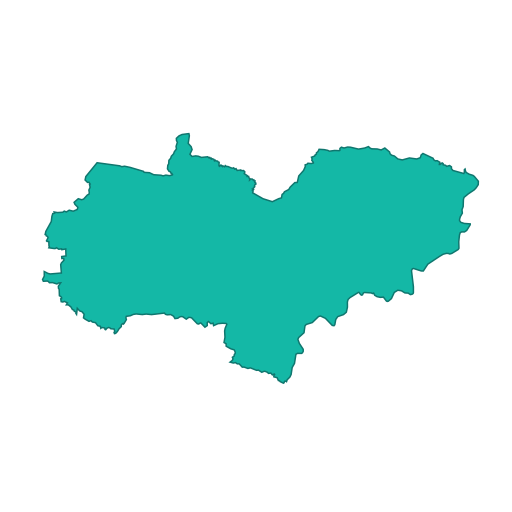 Ia Grai, Gia Lai, Vietnam, rotated 187°
{"feature_id": "81297802B6416238429405", "entity_name": "Ia Grai", "entity_type": "district", "adm_level": 2, "iso_a3": "VNM", "parent_name": "Vietnam", "parent_adm1": "Gia Lai", "projection": "albers", "projection_center": [107.729, 13.99], "detail": "fine", "context": "isolated", "style": "filled", "palette": "teal", "viewbox_px": 512, "rotation_deg": 187, "n_neighbors": 0, "source": "geoboundaries", "source_scale": "gbopen_adm2", "svg_char_len": 6104}
<svg xmlns="http://www.w3.org/2000/svg" viewBox="0 0 512 512"><g transform="rotate(187 256 256)"><path d="M210.4,135.0L210.0,136.9L207.6,140.0L206.7,142.7L206.5,149.7L204.7,154.1L204.4,163.3L203.0,164.4L198.8,164.9L198.0,165.8L197.5,167.3L197.8,169.2L202.3,174.5L204.3,178.4L203.7,180.3L199.0,185.7L198.9,192.5L197.8,194.2L192.0,196.8L186.5,203.6L184.7,204.3L179.5,202.6L171.9,196.4L170.1,196.3L169.4,197.4L169.1,202.7L167.5,205.8L162.0,208.5L159.5,211.2L159.0,216.4L159.7,221.5L159.3,224.1L157.7,226.1L150.0,232.3L149.3,232.4L147.4,230.4L146.4,230.0L145.6,230.4L144.9,232.4L143.9,233.0L137.0,233.4L135.9,232.9L134.7,233.5L133.4,231.5L130.9,230.4L127.6,230.1L124.5,230.7L121.1,227.2L120.2,226.9L119.1,227.3L116.4,230.2L114.3,236.7L111.1,239.3L107.4,239.2L103.7,237.5L100.4,237.7L98.1,236.5L96.5,237.0L95.5,237.9L95.3,238.8L96.0,244.6L99.9,260.5L99.2,262.4L98.1,262.8L90.2,261.3L88.1,261.5L84.5,268.8L73.9,277.9L70.4,280.6L67.4,281.8L65.6,282.0L63.9,281.6L62.0,282.4L56.1,287.1L55.5,288.4L56.5,294.9L56.6,301.7L56.2,303.9L54.9,305.0L52.0,305.3L50.0,307.0L47.2,313.1L47.3,314.0L53.3,313.7L56.9,314.4L58.3,316.0L58.4,317.4L58.0,319.9L56.4,323.7L57.2,327.0L56.4,330.3L57.0,337.3L56.7,339.5L52.9,343.5L47.4,348.3L45.8,350.5L44.1,353.9L44.4,357.3L49.0,361.6L50.6,362.5L54.5,363.2L57.2,364.4L58.2,365.3L59.1,367.8L59.7,367.1L59.4,364.3L59.8,363.2L71.0,364.9L72.6,366.4L72.9,368.3L74.9,369.4L77.7,368.2L78.8,369.1L81.4,369.4L81.5,370.5L82.6,371.1L84.6,369.2L85.2,369.2L84.9,371.4L87.8,372.7L89.6,372.3L91.3,373.2L92.2,374.6L102.8,378.1L104.4,376.4L104.9,373.6L108.3,371.9L115.7,372.0L122.5,369.2L127.0,369.6L130.8,372.1L133.8,372.6L135.5,373.9L136.1,375.5L141.3,378.9L144.7,376.5L148.8,377.0L154.2,376.5L155.9,377.0L157.7,378.3L161.3,376.4L167.3,374.6L175.5,375.5L178.4,375.3L181.8,373.9L184.5,374.4L185.8,373.0L185.6,371.1L186.1,370.7L190.9,370.3L195.9,369.0L197.7,369.6L201.3,369.9L206.4,369.6L207.2,367.2L208.6,365.7L208.5,364.4L209.8,363.3L209.9,362.4L213.0,360.8L212.1,359.2L212.3,357.8L210.5,355.9L210.4,355.3L212.4,354.5L215.8,354.4L216.6,353.2L218.3,352.5L218.0,350.7L219.2,346.7L223.3,340.7L224.0,334.0L226.4,333.6L230.5,328.5L231.6,326.0L235.6,323.2L236.3,321.5L237.6,320.3L237.8,316.8L240.4,315.7L246.4,311.9L256.0,313.7L267.0,318.3L266.8,320.3L267.5,320.6L267.1,321.4L267.5,321.8L266.6,321.9L267.1,322.8L265.7,324.6L266.1,325.1L265.7,326.9L264.9,327.3L265.1,328.4L266.1,328.9L266.1,330.4L266.9,330.3L267.4,331.3L268.0,331.0L269.0,331.9L270.5,331.8L271.6,330.6L271.6,332.1L272.6,332.8L273.0,334.1L274.5,333.9L274.4,334.7L277.7,336.3L277.3,338.1L278.7,339.3L280.4,339.0L281.6,339.5L281.9,339.0L282.4,339.3L285.1,338.6L286.5,340.3L287.6,339.6L288.9,340.8L289.6,340.3L291.3,340.4L294.7,341.4L296.3,341.3L297.5,342.0L298.0,340.7L299.5,341.3L300.0,340.7L300.6,341.5L301.6,341.9L301.5,341.2L302.6,341.4L303.3,340.6L303.8,341.2L304.0,344.5L304.8,344.6L305.7,345.5L307.3,345.5L308.3,346.2L308.9,345.5L309.6,346.8L311.2,347.2L312.1,346.7L312.4,347.7L313.2,347.5L313.9,348.2L314.5,347.6L316.0,348.6L322.2,347.2L325.4,348.0L328.1,348.0L331.6,347.0L334.0,348.9L332.4,353.8L333.7,356.6L337.0,359.5L336.8,367.2L337.5,369.3L338.0,369.2L344.2,367.6L347.0,365.9L349.4,363.1L349.0,360.9L347.9,359.3L348.7,355.1L348.0,352.5L349.7,349.7L350.3,347.3L352.2,344.7L352.6,342.6L354.1,340.4L353.9,336.8L354.6,335.3L354.5,331.7L352.6,329.4L351.2,329.1L350.3,327.6L349.7,327.7L348.8,326.5L349.3,326.1L351.6,325.2L355.3,325.3L358.0,324.2L360.1,324.6L367.4,324.2L371.9,325.7L377.2,325.4L378.0,326.3L391.7,328.6L397.4,329.1L400.1,328.3L402.3,328.9L425.1,329.2L434.6,314.1L434.9,310.6L432.2,308.5L430.7,308.8L429.4,307.2L430.0,306.8L429.0,304.0L429.9,301.1L429.2,298.5L429.3,297.1L430.9,295.9L434.1,291.4L436.0,290.6L439.4,291.2L443.1,287.1L442.0,285.2L438.7,282.6L439.1,280.4L442.9,278.2L447.0,278.7L449.6,276.6L451.8,277.2L453.1,275.9L458.4,274.9L461.7,275.1L461.1,273.9L462.9,273.3L463.4,270.5L463.4,265.3L467.6,254.8L467.9,251.8L467.4,251.9L466.7,250.5L465.4,250.0L464.6,249.0L465.8,245.5L465.2,245.0L463.4,245.1L462.7,240.7L462.2,240.0L462.6,238.9L457.1,238.8L455.8,239.1L455.1,239.9L452.6,238.7L449.8,239.4L449.5,238.6L445.7,239.8L444.6,232.9L448.8,231.8L448.4,229.8L446.5,230.1L446.1,228.4L448.3,225.4L448.8,223.6L447.1,215.4L458.1,213.1L460.5,213.4L464.3,214.8L463.7,210.2L465.0,206.7L464.0,205.0L460.1,205.7L459.0,205.4L457.8,204.3L454.7,204.8L450.2,204.0L448.6,205.2L446.6,205.6L448.5,201.9L448.1,199.8L447.3,199.0L446.3,192.6L444.8,192.0L443.9,191.0L443.8,190.0L444.6,189.7L443.8,186.9L442.1,186.8L440.6,187.6L437.4,186.5L438.3,184.4L436.3,184.6L433.5,182.9L431.7,180.5L430.3,180.2L429.7,179.1L427.7,178.3L427.8,177.1L427.0,176.2L427.0,182.3L424.3,180.0L421.9,179.5L419.5,177.2L419.7,173.6L417.9,172.5L413.8,170.8L411.9,171.7L410.4,170.5L407.2,170.3L404.5,167.5L402.0,167.3L401.2,165.3L400.4,166.2L397.8,166.2L397.2,165.9L396.9,164.7L396.2,164.5L395.1,166.2L393.6,167.1L392.3,166.9L391.3,166.1L387.9,166.2L387.0,163.9L387.6,162.9L387.0,161.7L385.9,162.1L384.4,164.1L383.1,167.0L381.1,169.5L381.3,171.1L380.3,172.5L379.8,172.8L379.3,172.3L378.7,173.0L376.9,177.1L377.6,178.7L377.4,180.3L373.4,181.4L370.6,183.1L367.8,183.9L361.8,184.0L357.9,185.0L352.6,185.1L339.9,188.2L338.8,187.1L337.0,186.8L333.4,187.5L330.5,186.2L328.8,184.0L326.0,184.7L324.4,186.2L322.9,186.8L321.3,186.8L317.5,184.8L315.2,186.9L314.1,187.0L312.4,186.8L306.0,181.6L304.6,181.5L303.0,182.8L302.4,182.7L298.0,179.1L295.9,181.0L296.3,184.0L295.2,185.2L292.5,183.3L290.4,184.1L289.6,181.7L285.5,184.2L280.9,185.2L277.3,185.4L276.6,184.7L277.8,180.6L278.0,177.8L276.9,171.6L277.2,166.2L275.0,165.3L274.6,162.8L269.7,160.8L266.2,160.2L264.9,158.1L264.8,156.6L265.5,155.7L265.5,154.0L267.1,152.6L266.3,151.1L266.8,149.5L268.8,147.5L265.5,147.0L263.4,147.7L261.5,146.7L259.5,146.9L256.1,144.0L254.3,144.3L250.3,143.4L248.0,144.3L241.5,142.6L239.6,143.0L236.1,141.3L233.8,142.6L232.8,142.6L230.6,142.0L229.3,141.0L227.0,141.6L225.3,140.0L223.5,141.1L223.1,140.8L223.7,139.1L223.5,138.2L220.2,137.8L218.6,135.1L217.5,135.1L216.8,134.3L213.3,133.1L212.7,133.6L212.4,135.1L211.2,135.4L210.4,135.0Z" fill="#14b8a6" stroke="#0f766e" stroke-width="1.5"/></g></svg>